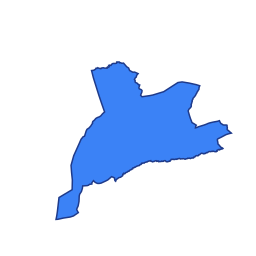 Akatsi North, Volta, Ghana (Natural Earth projection), rotated 252°
{"feature_id": "2480657B78562505377679", "entity_name": "Akatsi North", "entity_type": "district", "adm_level": 2, "iso_a3": "GHA", "parent_name": "Ghana", "parent_adm1": "Volta", "projection": "natural_earth1", "projection_center": [0.826, 6.311], "detail": "fine", "context": "isolated", "style": "filled", "palette": "blue", "viewbox_px": 256, "rotation_deg": 252, "n_neighbors": 0, "source": "geoboundaries", "source_scale": "gbopen_adm2", "svg_char_len": 5531}
<svg xmlns="http://www.w3.org/2000/svg" viewBox="0 0 256 256"><g transform="rotate(252 128 128)"><path d="M193.9,111.1L186.5,110.6L176.9,110.5L168.5,110.4L159.4,110.5L150.5,110.7L149.4,108.2L148.0,106.0L147.5,104.4L147.4,102.0L147.0,100.3L145.8,98.4L145.1,96.6L144.2,95.9L143.3,95.7L142.7,94.7L141.5,93.4L140.1,91.0L139.4,88.6L138.1,87.3L133.6,84.1L133.6,82.7L131.8,79.9L128.2,76.7L118.4,67.8L110.1,62.3L103.6,60.7L95.7,59.0L86.6,55.8L83.2,40.9L70.1,34.9L66.5,33.1L63.3,31.3L62.9,32.9L62.6,35.5L62.3,38.9L61.2,45.5L61.2,49.0L62.9,54.6L65.4,54.1L66.5,54.1L66.9,54.3L69.3,56.5L73.3,58.7L78.4,60.6L80.0,61.6L82.0,64.1L84.6,65.9L86.9,67.0L85.8,71.5L85.8,72.6L86.3,74.1L85.9,76.3L87.2,76.8L88.6,78.9L86.4,80.0L84.8,81.7L84.2,83.3L83.9,85.4L84.5,90.5L84.9,92.9L86.8,97.4L85.7,98.7L84.6,99.8L83.8,99.5L82.0,99.3L81.2,99.8L81.8,100.3L82.4,100.7L82.6,100.9L82.8,101.5L83.1,102.7L83.4,103.2L83.6,103.9L83.5,105.8L84.0,107.4L84.3,108.2L84.7,108.5L85.4,108.6L85.7,108.8L85.5,109.8L85.6,110.0L86.1,110.1L85.9,110.4L85.9,110.8L85.6,111.0L86.0,111.8L86.3,112.1L86.3,113.5L86.4,113.9L86.7,114.3L86.8,114.7L86.6,115.1L86.6,115.6L86.8,116.0L87.1,116.1L87.2,116.4L87.4,117.5L87.3,117.8L87.4,118.0L87.6,118.4L87.5,118.7L87.7,118.9L87.8,119.1L87.7,119.6L87.8,120.0L88.0,120.1L88.4,120.2L88.5,120.3L88.4,121.7L88.7,122.2L88.5,122.7L88.5,123.0L88.9,124.0L88.9,124.5L89.0,124.9L88.9,125.3L89.0,125.9L88.9,126.3L88.9,126.8L88.8,127.3L89.4,127.9L89.3,129.1L89.6,129.4L89.6,129.7L89.8,129.9L90.2,129.9L90.3,130.1L90.3,130.4L90.0,130.8L90.0,131.3L90.1,131.6L89.8,132.1L89.6,132.5L90.0,133.2L90.0,133.9L89.9,134.5L90.0,134.8L89.9,135.2L90.0,135.6L89.8,136.1L90.1,136.5L90.2,137.0L90.0,137.6L90.1,138.2L89.8,138.9L89.9,139.5L89.7,139.5L89.2,139.6L88.9,140.2L88.2,140.9L88.2,141.3L88.3,141.5L88.3,141.8L88.1,142.4L88.3,143.5L88.2,144.1L88.3,144.4L88.2,144.7L87.7,144.9L87.4,145.0L87.3,145.7L87.5,146.0L87.4,146.4L87.3,146.6L86.5,146.7L86.3,147.1L86.4,147.3L86.4,147.9L85.9,148.8L85.9,149.6L86.1,149.9L85.7,150.3L85.4,151.0L85.4,151.3L85.6,151.4L85.7,151.7L85.6,152.1L85.5,152.5L85.6,153.1L85.2,153.5L84.4,153.8L84.2,153.9L83.7,154.9L83.7,155.4L83.6,155.8L83.7,156.0L83.7,156.7L83.5,157.2L83.7,157.5L83.6,157.9L84.0,158.0L84.1,158.5L84.4,158.9L84.5,159.3L84.8,159.5L84.6,159.8L84.6,160.4L84.4,160.6L84.4,160.9L84.1,161.9L83.8,162.0L83.8,162.5L83.6,162.8L83.6,163.2L83.7,163.5L83.6,164.0L83.2,164.5L83.1,164.9L83.4,165.1L83.3,165.5L83.4,165.9L83.2,166.2L83.2,166.6L83.3,167.0L83.2,167.3L83.1,167.7L82.8,167.8L82.4,168.1L82.3,168.3L82.4,168.8L81.9,169.9L81.9,170.6L81.8,171.1L81.3,171.9L80.8,172.4L80.8,172.7L80.6,173.0L80.8,173.7L80.7,174.1L80.5,174.5L80.6,175.0L80.8,175.3L80.5,176.0L80.5,176.5L80.3,177.2L79.7,177.8L79.8,178.1L79.7,178.3L79.7,178.5L79.8,179.0L79.8,179.4L79.6,179.8L79.5,180.3L79.3,180.8L79.3,181.0L79.7,181.1L79.7,181.4L80.0,181.8L79.8,182.1L79.9,182.9L80.3,183.2L80.4,183.9L80.6,184.1L80.5,185.0L80.1,185.4L80.0,186.2L80.0,186.4L80.2,186.6L80.3,186.8L80.6,187.0L80.5,187.7L80.5,188.0L80.8,188.5L80.9,188.8L81.2,189.4L81.2,190.5L80.1,191.9L80.3,192.4L80.0,192.5L79.9,192.9L79.9,194.2L80.3,194.6L80.4,195.1L80.0,195.8L80.0,196.1L80.2,196.5L80.5,197.0L80.5,197.4L80.6,197.9L80.0,199.1L79.9,200.5L79.7,200.7L79.8,200.9L79.5,202.1L79.0,202.7L78.6,203.5L78.2,204.4L78.3,204.6L78.4,205.5L78.9,205.4L79.2,205.6L79.3,206.1L79.3,206.7L79.5,207.1L79.5,207.5L79.2,207.6L78.9,208.3L79.1,208.4L79.3,208.6L79.2,209.1L79.1,209.6L79.2,210.0L79.1,210.3L79.2,210.5L79.0,210.8L79.0,211.6L79.2,212.0L80.2,211.3L80.9,210.5L82.2,209.8L83.0,209.7L84.2,209.0L84.8,208.7L85.2,208.7L86.6,209.0L87.6,209.1L89.2,209.3L89.7,209.7L90.0,210.6L90.4,213.5L91.4,219.2L91.4,222.3L91.2,224.7L91.6,224.5L92.1,224.1L94.4,222.8L95.5,222.0L95.7,221.9L96.2,221.9L96.7,222.1L97.4,222.5L97.8,222.6L99.0,222.7L99.8,223.0L100.1,223.0L100.4,222.5L101.1,220.4L101.5,219.5L102.7,218.6L103.6,217.7L106.1,217.2L106.7,217.2L106.7,215.3L107.3,210.9L107.5,208.7L107.6,207.3L107.6,205.6L107.4,203.7L107.3,201.5L107.4,195.2L107.2,194.2L107.3,192.2L107.5,192.3L109.2,193.2L109.6,193.8L112.0,191.8L113.4,190.5L114.8,190.5L117.7,190.3L121.1,190.3L125.7,190.5L127.1,191.8L127.5,192.7L128.3,194.1L129.0,194.8L129.7,195.1L130.8,195.3L130.9,195.5L131.2,195.5L131.6,196.0L133.7,197.4L133.9,197.3L134.6,197.7L135.3,198.6L135.9,198.8L136.3,199.3L137.1,200.7L138.1,202.2L139.4,203.4L139.7,203.9L141.0,205.0L141.2,205.5L142.2,206.4L142.4,206.9L143.0,207.5L144.6,208.1L146.0,209.3L148.2,206.2L151.8,200.1L155.1,193.7L155.8,189.5L151.5,173.2L151.7,161.8L152.1,158.5L153.4,151.0L155.2,150.1L155.8,150.5L157.6,152.1L158.2,152.4L158.7,152.7L159.1,152.9L159.9,152.7L160.5,152.3L161.8,150.8L162.9,150.8L163.1,150.9L165.3,152.4L165.8,151.5L166.0,151.4L166.2,151.5L166.7,151.0L167.6,150.7L169.1,149.1L169.5,149.1L170.4,149.2L171.1,149.5L172.2,149.1L173.4,150.4L173.9,151.6L175.4,152.5L176.6,154.4L179.1,151.6L179.6,149.8L182.2,147.3L184.9,147.1L186.6,145.7L191.1,143.8L191.4,142.4L191.5,142.0L192.3,141.3L192.6,140.2L193.0,140.4L193.4,140.2L193.8,139.2L193.8,138.8L194.3,137.9L194.2,137.6L193.5,137.5L193.2,137.2L193.3,135.9L193.9,134.1L194.0,133.4L193.7,132.2L192.8,131.1L193.0,130.6L193.5,130.1L193.5,129.0L192.4,129.2L192.0,128.5L191.8,128.4L192.4,127.5L192.1,126.8L191.4,126.8L191.4,126.4L192.3,124.0L192.9,123.2L193.2,121.5L192.8,120.9L192.9,120.3L193.2,120.2L193.3,120.1L193.3,119.7L193.4,119.3L193.8,118.9L194.0,118.5L194.3,118.3L194.4,117.9L194.6,117.8L194.4,117.5L194.3,116.9L194.4,116.6L194.6,116.6L194.8,116.2L194.0,115.3L193.5,113.3L193.9,111.1Z" fill="#3b82f6" stroke="#1e3a8a" stroke-width="1.5"/></g></svg>